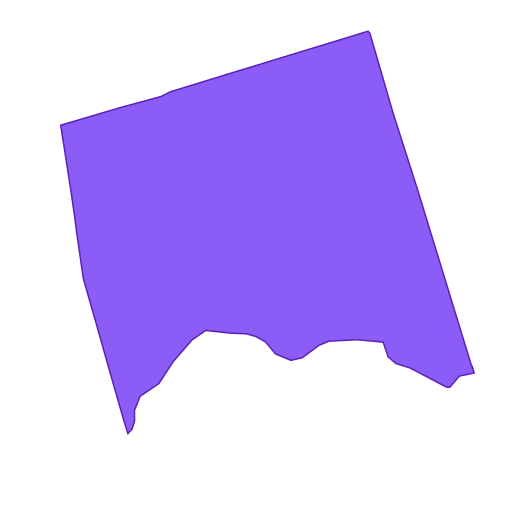 Franklin, Missouri, United States of America (Equal Earth projection), rotated 163°
{"feature_id": "52423323B51911308321419", "entity_name": "Franklin", "entity_type": "district", "adm_level": 2, "iso_a3": "USA", "parent_name": "United States of America", "parent_adm1": "Missouri", "projection": "equal_earth", "projection_center": [-91.03, 38.456], "detail": "fine", "context": "isolated", "style": "filled", "palette": "violet", "viewbox_px": 512, "rotation_deg": 163, "n_neighbors": 0, "source": "geoboundaries", "source_scale": "gbopen_adm2", "svg_char_len": 732}
<svg xmlns="http://www.w3.org/2000/svg" viewBox="0 0 512 512"><g transform="rotate(163 256 256)"><path d="M231.2,438.2L289.5,438.1L300.2,436.3L341.2,437.6L404.5,438.2L414.0,372.0L417.9,347.0L421.3,326.7L427.7,285.0L428.4,248.3L428.5,240.7L429.6,188.8L430.5,136.5L430.4,123.6L424.9,127.0L420.3,133.8L417.4,143.8L407.8,155.8L386.2,162.4L366.1,179.2L341.4,194.6L325.8,199.5L303.2,189.8L287.9,184.4L279.6,179.0L272.0,171.1L266.0,156.7L253.1,146.0L241.4,145.2L221.9,152.2L211.1,153.2L183.5,146.3L159.6,136.4L159.1,120.9L153.7,112.3L141.4,103.9L112.3,75.0L109.1,73.8L96.6,81.7L81.6,80.3L81.5,87.3L82.0,88.3L82.1,271.4L83.1,352.8L82.0,434.1L81.9,435.4L83.1,438.2L231.2,438.2Z" fill="#8b5cf6" stroke="#5b21b6" stroke-width="1.5"/></g></svg>